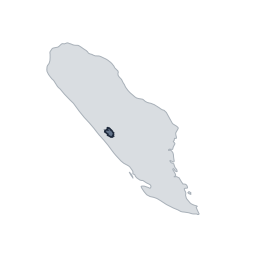 Anosibe-An'ala, Alaotra-Mangoro, Madagascar (highlighted), rotated 126°
{"feature_id": "10022922B56031688474611", "entity_name": "Anosibe-An'ala", "entity_type": "district", "adm_level": 2, "iso_a3": "MDG", "parent_name": "Madagascar", "parent_adm1": "Alaotra-Mangoro", "projection": "equal_earth", "projection_center": [47.933, -19.502], "detail": "fine", "context": "in_parent", "style": "filled", "palette": "slate", "viewbox_px": 256, "rotation_deg": 126, "n_neighbors": 0, "source": "geoboundaries", "source_scale": "gbopen_adm2", "svg_char_len": 5083}
<svg xmlns="http://www.w3.org/2000/svg" viewBox="0 0 256 256"><g transform="rotate(126 128 128)"><path d="M159.7,25.7L160.3,27.4L160.9,29.1L162.9,33.0L163.8,34.5L164.5,36.2L164.9,39.4L166.1,44.4L167.3,51.9L167.7,59.6L168.0,63.1L169.0,66.5L170.5,69.9L171.0,73.7L170.0,77.7L168.6,81.4L168.3,82.1L167.6,83.0L167.3,83.0L166.3,82.0L165.4,80.5L164.3,76.8L163.9,74.9L163.4,74.6L162.1,74.8L161.1,75.9L160.9,76.7L161.1,78.7L161.5,80.6L161.6,82.5L161.7,84.9L162.0,85.6L162.5,86.2L163.1,87.8L163.2,91.5L162.8,93.4L161.9,95.0L161.9,95.9L162.3,96.8L161.9,97.4L160.7,98.1L160.2,98.7L159.5,100.3L158.4,103.7L158.3,105.4L159.0,110.6L158.8,114.3L157.4,121.3L156.6,124.6L155.4,128.6L153.7,133.9L152.0,140.5L150.6,147.2L149.5,151.3L148.3,155.3L146.6,162.3L145.2,169.5L143.1,177.3L140.3,186.0L140.0,187.2L139.4,191.6L138.7,195.5L138.0,199.3L136.4,205.6L136.2,207.6L135.9,209.4L134.3,213.4L133.7,214.8L133.2,216.4L133.0,218.4L132.5,220.3L131.4,223.8L129.8,226.8L128.6,227.9L126.2,229.4L124.9,229.8L122.2,229.8L119.5,230.7L116.8,232.4L114.1,234.4L113.1,235.4L112.0,235.9L108.4,236.0L107.4,235.6L103.8,232.3L102.4,231.8L99.8,231.3L99.0,231.1L98.3,230.6L97.3,228.9L95.2,227.5L94.7,227.0L94.3,226.0L94.1,224.9L93.6,223.7L93.1,221.5L92.4,219.8L90.5,217.0L90.3,216.1L90.1,213.1L90.1,211.1L89.9,207.3L90.1,205.6L90.7,204.0L90.4,202.3L89.7,200.5L89.4,198.6L88.9,196.9L86.8,193.8L86.3,192.3L86.0,190.8L85.1,185.9L85.0,184.2L85.1,180.6L85.4,178.7L85.8,177.4L86.0,176.5L86.3,175.6L86.7,175.0L87.1,174.2L87.8,169.6L88.7,168.6L90.1,168.0L91.3,166.8L91.9,165.1L92.5,161.8L94.3,158.4L94.9,156.7L96.4,154.0L97.6,150.3L98.0,148.5L98.3,146.7L98.6,142.8L98.8,140.8L98.7,138.8L98.0,136.8L96.2,133.2L96.1,132.5L96.3,129.8L96.1,127.8L95.4,125.8L94.6,124.0L93.7,120.5L93.3,114.8L93.3,112.8L93.1,110.9L92.5,109.2L92.9,106.1L98.1,95.0L98.3,93.7L98.0,90.3L98.1,88.3L98.3,87.6L98.7,87.2L99.6,87.0L103.9,86.5L104.5,86.1L105.5,85.2L107.0,83.4L107.7,82.9L108.3,83.1L108.6,83.8L109.1,84.3L110.8,83.4L111.5,83.4L112.2,83.5L112.5,82.8L112.7,81.8L112.9,81.1L113.4,80.7L115.6,80.4L117.1,80.1L118.9,79.4L119.3,79.6L120.8,82.1L121.2,82.3L121.8,82.4L122.3,82.0L121.1,80.7L120.9,79.9L121.0,79.0L121.6,77.2L122.7,75.8L125.1,73.7L127.6,71.2L128.3,71.0L128.9,71.4L129.4,74.3L129.4,74.8L129.8,74.9L130.2,74.5L130.6,73.3L130.7,72.4L130.3,71.4L130.2,70.6L130.1,69.9L131.4,68.2L132.4,66.6L132.9,64.6L133.3,63.7L134.3,62.7L134.6,62.8L134.9,63.7L135.0,64.5L134.7,65.4L134.3,66.3L134.2,67.4L134.8,67.6L135.3,67.4L136.2,65.3L137.1,63.3L137.6,62.3L138.3,61.6L139.5,61.7L140.6,62.2L138.8,60.1L138.3,57.3L140.5,52.3L140.6,51.3L140.9,51.0L141.0,50.6L139.9,48.9L139.7,48.1L139.8,46.9L140.4,45.8L140.9,45.0L141.6,44.7L142.1,45.1L143.3,46.5L144.2,46.7L145.2,45.4L146.0,43.7L147.2,42.6L148.6,41.9L150.7,39.3L152.1,33.9L152.2,32.4L151.9,30.5L151.4,28.6L150.6,26.4L150.8,25.9L152.0,26.2L152.4,25.8L153.6,23.8L155.7,20.0L156.4,20.0L157.0,20.7L157.2,21.8L157.6,22.5L159.0,24.4L159.7,25.7ZM145.2,40.9L145.2,41.5L143.6,41.3L143.4,39.2L144.2,39.2L144.3,38.3L144.8,38.2L145.3,40.0L145.2,40.9ZM164.3,98.2L162.9,101.2L163.3,98.7L164.9,95.2L165.4,94.9L164.3,98.2Z" fill="#d9dde1" stroke="#a8b0b8" stroke-width="1"/><path d="M139.4,140.9L139.4,141.0L139.4,141.5L139.4,141.8L139.2,141.9L139.2,142.0L139.2,142.3L139.1,142.5L139.1,142.8L139.2,143.0L139.1,143.3L139.1,143.5L139.4,143.7L139.5,143.7L139.5,143.8L139.7,144.0L139.5,144.3L139.5,144.5L139.8,144.6L139.9,144.8L140.0,144.8L140.0,144.7L140.1,144.4L140.2,144.2L140.3,144.1L140.5,144.1L140.9,144.2L141.0,144.2L141.3,144.3L141.5,144.3L141.5,144.2L141.5,143.8L141.5,143.6L141.6,143.4L141.6,143.2L141.7,143.3L141.8,143.5L141.9,143.8L142.0,144.0L142.1,144.3L142.3,144.4L142.6,144.6L142.8,144.7L142.9,144.8L143.0,144.9L143.1,145.0L143.1,144.9L143.3,144.9L143.5,144.8L143.7,144.7L143.8,144.5L144.0,144.6L144.3,144.6L144.3,144.8L144.6,144.7L144.7,144.4L144.8,144.4L144.8,144.1L144.9,143.8L144.8,143.7L144.8,143.4L144.7,143.2L144.7,142.8L144.8,142.5L144.8,142.4L144.8,142.2L144.8,141.8L144.8,141.6L144.8,141.3L144.9,141.2L144.9,140.9L144.8,140.7L145.0,140.6L145.1,140.4L145.2,140.5L145.3,140.6L145.5,140.6L145.8,140.5L145.8,140.4L145.9,140.2L145.9,139.9L145.8,139.7L145.7,139.5L145.7,139.4L145.7,139.2L145.6,138.9L145.6,138.7L145.5,138.4L145.6,138.2L145.5,137.9L145.4,137.9L145.4,137.7L145.5,137.4L145.5,137.2L145.5,136.9L145.4,136.9L145.2,137.0L145.1,136.9L145.1,136.7L145.0,136.4L145.1,136.2L144.9,136.0L144.9,135.8L144.7,135.8L144.6,135.5L144.5,135.4L144.4,135.3L144.4,135.2L144.2,135.1L143.9,135.1L143.7,135.3L143.6,135.5L143.5,135.4L143.5,135.5L143.4,135.5L143.3,135.3L143.2,135.2L142.9,135.1L142.8,135.3L142.7,135.4L142.5,135.5L142.4,135.6L142.3,135.8L142.2,135.8L142.3,136.0L142.2,136.0L141.9,136.2L141.6,136.2L141.5,136.3L141.4,136.4L141.1,136.5L140.9,136.6L140.7,136.6L140.4,136.7L140.3,136.8L140.4,137.1L140.4,137.4L140.4,137.6L140.4,137.8L140.3,138.0L140.2,138.2L140.1,138.3L139.8,138.5L139.8,138.8L139.7,138.9L139.7,139.0L139.7,139.3L139.7,139.5L139.8,139.7L139.8,139.8L139.9,140.0L139.9,140.3L139.7,140.3L139.5,140.5L139.4,140.5L139.4,140.8L139.4,140.9Z" fill="#64748b" stroke="#1e293b" stroke-width="1.5"/></g></svg>